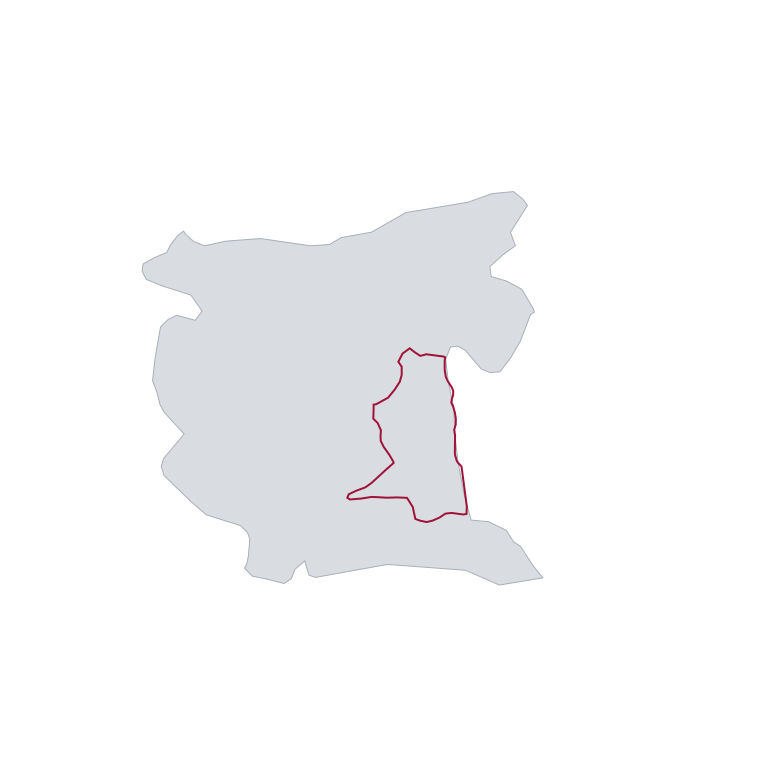 Podgorica highlighted on a map of Montenegro, rotated 318°
{"feature_id": "MNE-1517", "entity_name": "Podgorica", "entity_type": "Municipality", "adm_level": 1, "iso_a3": "MNE", "parent_name": "Montenegro", "parent_adm1": "", "projection": "natural_earth1", "projection_center": [19.345, 42.469], "detail": "fine", "context": "in_parent", "style": "outline", "palette": "rose", "viewbox_px": 768, "rotation_deg": 318, "n_neighbors": 0, "source": "natural_earth", "source_scale": "10m", "svg_char_len": 2220}
<svg xmlns="http://www.w3.org/2000/svg" viewBox="0 0 768 768"><g transform="rotate(318 384 384)"><path d="M337.4,136.3L336.7,139.9L337.9,150.7L343.1,161.2L361.9,171.9L389.5,193.2L421.9,232.2L436.8,243.8L450.2,246.6L476.3,262.8L494.6,266.8L515.0,271.3L568.1,305.1L592.0,315.0L609.0,327.7L610.9,339.7L610.1,347.2L579.5,355.9L574.2,369.1L559.3,367.6L541.4,367.5L535.5,375.9L544.1,389.7L549.8,405.9L545.3,428.2L543.8,431.2L539.5,430.4L514.2,443.3L495.3,449.4L478.4,452.5L470.3,446.3L466.3,437.8L467.0,413.3L463.9,405.1L458.1,401.0L446.5,406.8L433.0,425.7L420.4,447.7L401.6,470.7L386.0,492.7L369.2,520.5L357.7,543.4L369.6,556.4L376.9,574.5L374.7,588.0L376.8,595.9L373.1,619.5L372.4,634.4L335.2,610.6L320.0,577.0L265.8,520.4L203.7,481.9L200.4,475.8L203.8,468.4L206.8,462.5L193.9,462.1L184.9,466.7L176.3,465.4L166.6,451.0L157.5,438.5L157.1,427.5L161.3,426.0L167.5,421.6L180.6,409.4L183.2,402.9L182.6,393.2L164.4,362.3L161.9,342.3L159.3,305.1L163.2,296.3L170.0,292.0L202.0,287.4L201.7,258.4L203.6,249.7L210.0,237.7L214.2,226.7L232.0,210.9L256.1,192.1L266.6,191.6L275.9,194.2L286.3,210.3L297.6,208.2L300.0,188.8L285.2,163.4L277.3,147.2L279.8,138.2L285.3,133.6L298.1,136.5L310.4,140.9L318.1,137.9L330.3,135.6L337.4,136.3Z" fill="#d9dde1" stroke="#a8b0b8" stroke-width="1"/><path d="M447.3,405.0L444.9,407.1L438.7,413.9L434.8,419.9L433.4,424.1L432.1,431.9L430.8,435.5L427.8,438.6L424.4,440.5L421.6,442.8L420.2,447.3L417.4,452.9L414.1,457.9L410.2,462.1L405.5,465.0L402.3,469.9L390.2,483.0L389.0,484.8L386.7,489.7L386.3,491.8L386.4,495.9L386.2,497.5L363.4,530.7L358.3,535.8L355.6,534.0L347.9,525.0L342.9,521.4L335.9,520.4L328.6,518.0L323.3,515.1L319.3,509.6L317.0,505.2L323.1,494.6L324.9,484.0L317.9,477.1L309.7,470.1L304.3,464.6L299.2,459.6L290.3,453.8L281.4,447.0L280.6,444.0L284.0,442.4L287.5,443.4L292.4,444.9L300.8,448.3L308.5,449.2L326.5,449.0L338.3,449.1L339.0,447.7L340.6,440.1L341.7,430.5L343.5,424.1L346.4,420.6L350.8,416.2L353.2,408.7L352.8,402.7L359.0,396.2L362.5,392.4L364.7,393.8L377.8,396.9L387.9,395.4L397.2,392.9L403.1,389.2L408.7,383.0L409.5,377.1L418.1,373.8L427.0,374.7L428.1,381.0L429.8,387.4L435.4,390.3L440.2,395.9L446.5,403.3L447.3,404.9L447.3,405.0Z" fill="none" stroke="#9f1239" stroke-width="2"/></g></svg>